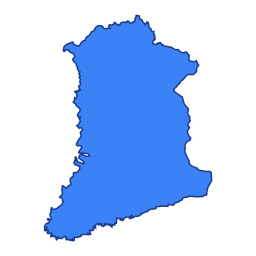 Manang, Satun, Thailand
{"feature_id": "78962969B42923555842961", "entity_name": "Manang", "entity_type": "district", "adm_level": 2, "iso_a3": "THA", "parent_name": "Thailand", "parent_adm1": "Satun", "projection": "albers", "projection_center": [99.916, 7.008], "detail": "fine", "context": "isolated", "style": "filled", "palette": "blue", "viewbox_px": 256, "rotation_deg": 0, "n_neighbors": 0, "source": "geoboundaries", "source_scale": "gbopen_adm2", "svg_char_len": 5684}
<svg xmlns="http://www.w3.org/2000/svg" viewBox="0 0 256 256"><path d="M196.4,60.7L195.0,61.6L193.6,61.7L191.8,61.5L189.3,60.6L188.8,59.4L189.1,55.2L186.1,51.9L183.7,52.8L182.1,52.6L180.1,51.6L178.1,49.6L175.0,49.6L171.0,47.1L168.5,47.1L167.9,46.4L164.8,46.3L163.5,45.7L163.4,45.1L162.2,45.2L162.3,44.5L161.5,44.5L160.5,42.6L159.1,42.7L158.9,43.5L157.7,43.2L156.8,43.8L156.9,44.5L155.7,44.9L154.7,44.1L152.9,43.8L152.6,43.3L153.4,40.4L154.7,39.8L154.4,38.9L155.0,38.8L154.5,38.1L155.0,37.4L154.6,35.8L153.8,35.6L153.8,34.8L154.2,34.5L153.6,34.1L153.9,31.5L151.9,31.5L151.2,30.6L151.0,28.9L149.8,28.2L148.9,26.7L148.6,23.6L148.0,23.0L148.0,22.4L146.8,22.0L146.7,23.4L146.0,23.6L145.4,24.7L145.0,24.7L144.7,23.7L142.8,21.9L141.8,19.7L139.8,18.9L139.3,16.0L137.7,15.8L137.5,15.4L136.2,15.5L136.0,16.8L134.9,18.9L135.2,21.2L132.8,21.9L132.6,23.0L130.0,23.0L128.8,21.4L127.5,21.0L127.2,21.3L127.2,22.0L126.3,22.0L126.0,22.6L124.5,22.0L121.2,22.6L119.8,24.7L118.9,24.5L117.9,25.5L115.3,22.7L114.6,22.4L114.2,22.7L114.0,24.1L112.4,24.6L111.8,25.3L111.0,25.3L110.2,24.6L109.0,25.2L109.0,27.4L109.6,28.2L108.2,27.9L107.4,28.7L104.0,28.6L102.6,26.5L101.6,25.8L99.3,25.7L97.1,26.2L96.0,27.1L93.5,31.1L91.4,31.9L89.6,35.2L86.8,36.8L85.5,38.7L85.0,40.5L82.7,41.1L80.6,43.5L79.4,45.9L78.1,46.0L75.1,45.1L73.2,43.5L73.0,42.3L72.6,42.0L68.9,43.4L68.4,43.9L66.8,44.3L64.1,46.6L63.3,50.3L63.9,51.3L64.9,51.2L65.3,50.0L66.8,49.6L67.5,50.2L69.0,50.5L69.4,51.8L73.1,53.6L74.3,54.8L74.9,56.7L72.9,58.9L72.8,59.7L73.8,61.6L76.4,63.6L76.3,65.4L77.7,67.1L77.2,67.9L77.6,69.1L78.7,71.2L79.9,71.9L78.8,73.4L79.4,73.9L79.6,75.4L80.1,75.6L79.1,77.6L80.3,78.8L79.8,82.5L80.5,83.1L80.5,84.2L80.2,85.2L79.1,85.6L78.7,86.6L79.5,89.0L80.5,89.5L80.0,90.2L78.9,90.0L78.7,90.4L78.9,91.0L77.9,90.7L77.3,91.6L76.5,91.0L75.7,91.6L74.9,91.5L75.1,92.3L76.5,93.1L77.0,96.5L75.8,98.5L74.7,97.7L74.4,100.6L73.2,102.1L73.6,102.7L75.7,103.7L76.1,105.5L80.3,109.2L79.7,111.5L77.9,113.8L77.4,115.2L78.5,117.2L80.3,117.0L80.2,117.6L79.1,118.6L80.0,120.1L80.4,121.6L79.3,122.4L79.1,123.6L78.2,124.7L76.8,125.7L79.3,128.3L81.3,127.5L82.5,129.5L80.3,132.6L81.3,136.3L78.6,139.7L76.5,143.6L76.5,144.8L77.0,145.6L80.9,145.9L81.6,146.5L81.7,147.5L78.9,151.8L78.7,152.8L87.1,153.4L88.5,154.1L89.5,156.1L86.8,156.5L82.3,154.4L81.0,154.5L79.6,155.2L78.7,158.0L83.2,161.2L84.0,163.6L83.8,163.9L78.1,162.0L77.3,161.0L76.1,157.2L75.7,157.0L75.1,157.4L75.4,158.5L75.0,159.9L75.7,159.8L75.9,160.3L74.0,162.3L73.9,162.9L75.2,164.7L79.9,166.4L79.6,169.4L77.0,172.4L74.2,172.6L73.4,173.0L73.4,176.0L70.5,178.4L70.2,179.3L70.1,180.5L70.9,183.8L70.7,185.0L68.6,185.5L66.3,188.3L63.1,185.8L62.4,185.8L61.9,189.9L62.5,193.6L61.4,195.5L59.5,197.2L59.8,197.5L61.8,197.9L62.5,198.7L62.3,200.3L63.1,201.6L62.2,204.0L61.0,205.4L58.8,206.7L57.8,207.8L56.0,208.9L52.6,209.4L51.8,207.7L51.3,207.8L50.9,210.5L51.1,211.9L50.1,213.5L50.0,214.6L50.2,216.4L51.4,217.4L51.1,219.3L49.9,219.4L48.3,218.6L47.6,218.8L47.7,219.8L49.5,220.4L49.6,221.1L48.5,223.0L46.6,223.4L45.6,224.3L44.4,227.1L45.2,228.6L45.9,228.6L46.7,227.4L47.1,228.4L46.9,229.2L46.3,229.6L44.5,229.6L44.4,230.0L44.7,230.5L45.5,230.8L47.9,230.2L48.3,230.5L48.3,231.3L47.2,232.5L47.3,233.1L48.2,233.6L50.6,232.8L51.5,233.3L51.6,234.3L52.3,234.9L50.9,234.7L50.9,236.7L52.3,235.8L53.6,236.6L54.6,236.2L55.8,237.8L56.5,239.8L57.4,239.1L57.4,236.9L58.4,237.2L58.7,238.0L59.5,238.4L61.6,238.5L64.8,236.2L65.6,236.7L65.6,237.8L66.6,238.2L66.2,238.6L66.1,239.5L66.4,239.8L67.9,239.4L69.3,240.1L69.9,239.3L70.8,240.4L71.7,239.6L72.2,240.0L71.8,240.4L72.3,240.6L72.9,239.2L73.3,240.5L74.1,240.5L74.3,239.8L73.7,239.3L74.3,238.8L74.2,237.2L77.6,237.5L78.2,237.0L79.7,236.8L81.3,236.0L80.8,235.3L81.7,234.6L85.5,234.4L88.1,234.7L87.9,233.4L89.7,234.3L90.7,234.3L89.7,231.5L89.8,230.2L91.7,230.7L93.3,230.2L93.8,229.1L93.1,228.9L93.5,226.4L94.0,226.3L94.9,227.6L95.6,228.0L95.5,225.2L97.0,223.9L97.8,223.8L98.5,224.7L98.7,224.4L98.3,223.8L98.7,223.5L99.3,223.6L99.2,224.5L99.8,223.9L100.6,224.4L101.0,223.9L101.6,223.9L101.1,225.3L102.1,225.9L102.8,225.5L103.2,226.4L104.8,225.5L104.8,223.9L105.9,224.8L106.6,223.7L107.3,223.6L108.1,225.0L110.6,224.1L111.0,224.8L110.1,225.3L111.9,227.1L112.1,226.0L111.5,225.8L111.7,225.2L112.1,225.0L112.5,225.5L113.1,224.8L114.7,225.1L114.7,223.6L116.3,223.3L116.4,222.7L115.8,222.8L115.6,222.3L116.4,221.5L117.0,218.1L120.7,218.6L120.1,219.7L120.3,220.2L121.1,220.0L121.5,218.9L122.0,218.8L122.8,220.5L124.5,218.1L127.1,216.8L128.3,216.8L129.3,217.4L129.4,218.5L130.6,218.3L130.7,216.8L131.3,215.4L132.1,215.6L132.2,218.0L135.5,216.3L137.1,216.4L139.4,215.7L140.0,215.0L141.1,214.7L141.4,213.3L142.8,213.3L145.8,211.8L147.8,211.5L148.0,210.0L149.1,210.0L151.4,209.1L154.5,208.9L156.0,208.4L155.9,206.8L160.3,206.4L160.5,206.0L167.9,206.3L168.3,204.5L173.7,205.1L174.7,203.1L179.1,201.8L179.7,200.6L181.5,200.3L182.3,199.7L182.9,198.0L184.5,197.4L186.4,197.3L187.0,196.9L187.8,197.1L188.9,196.3L194.2,196.4L195.3,196.8L202.5,196.5L205.2,195.1L206.7,194.8L206.8,191.8L207.9,187.3L211.6,180.8L211.2,172.9L210.7,171.9L209.9,171.5L206.0,171.5L199.2,170.2L197.7,169.3L196.9,168.0L194.4,167.3L191.2,165.6L189.2,163.5L189.1,160.8L187.4,158.0L184.5,151.1L185.3,148.7L184.9,146.1L185.3,144.3L186.9,141.7L190.1,140.1L190.7,138.1L190.4,137.4L188.9,136.2L187.4,132.0L187.9,130.1L189.5,127.7L189.3,127.0L187.9,125.2L187.9,124.3L190.2,120.7L189.7,119.1L189.9,117.1L188.1,114.5L187.5,113.0L188.5,108.9L185.5,105.7L184.1,103.6L182.2,97.0L175.5,92.5L174.3,91.3L173.9,90.1L174.2,88.7L176.2,87.1L178.1,84.5L180.0,83.2L180.8,81.0L183.2,79.6L186.6,75.3L188.4,74.5L193.2,74.5L194.3,73.8L196.6,71.5L196.5,68.4L198.7,65.3L197.8,64.1L196.4,60.7Z" fill="#3b82f6" stroke="#1e3a8a" stroke-width="1.5"/></svg>